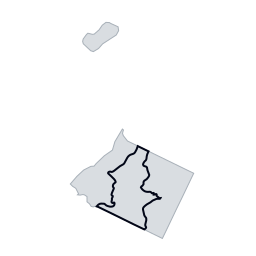 Centro Sur on a map of Equatorial Guinea (Robinson projection), rotated 26°
{"feature_id": "GNQ-1468", "entity_name": "Centro Sur", "entity_type": "Province", "adm_level": 1, "iso_a3": "GNQ", "parent_name": "Equatorial Guinea", "parent_adm1": "", "projection": "robinson", "projection_center": [10.435, 1.583], "detail": "fine", "context": "in_parent", "style": "outline", "palette": "ink", "viewbox_px": 256, "rotation_deg": 26, "n_neighbors": 0, "source": "natural_earth", "source_scale": "10m", "svg_char_len": 3104}
<svg xmlns="http://www.w3.org/2000/svg" viewBox="0 0 256 256"><g transform="rotate(26 128 128)"><path d="M206.9,139.9L207.0,154.2L207.1,166.3L207.1,179.5L207.2,193.1L207.3,204.7L207.3,212.2L196.1,212.2L181.2,212.1L166.4,212.0L151.5,212.0L144.0,212.0L135.8,211.9L133.2,212.3L131.3,214.2L129.2,214.6L126.6,213.0L123.5,212.3L122.7,210.6L121.2,207.6L118.1,207.2L116.6,207.6L114.4,209.3L111.9,210.2L112.4,208.8L107.5,205.1L103.9,204.7L100.7,203.6L103.3,193.8L106.6,185.2L111.5,178.7L114.2,177.2L115.0,173.9L118.9,163.3L123.7,154.7L122.2,146.0L123.4,131.4L124.8,131.8L125.0,133.2L125.4,135.2L127.2,137.0L133.2,139.9L151.1,139.9L161.7,139.9L177.5,139.9L194.2,139.9L206.9,139.9ZM65.2,41.4L66.5,41.6L74.7,41.4L76.9,44.6L76.7,49.5L68.3,63.5L66.7,69.4L63.4,74.5L60.6,74.9L50.9,71.9L49.3,70.1L48.7,67.7L49.7,62.1L50.4,60.4L55.0,59.4L56.5,58.4L59.0,52.4L59.8,46.9L61.9,42.7L65.2,41.4Z" fill="#d9dde1" stroke="#a8b0b8" stroke-width="1"/><path d="M144.7,140.0L156.7,140.0L156.8,143.1L157.2,145.1L158.1,147.7L158.2,148.6L158.1,149.4L157.6,150.6L157.4,151.5L157.3,153.0L157.4,153.7L157.6,154.3L158.4,155.0L159.0,155.1L161.3,154.8L162.3,155.1L162.6,155.5L164.0,157.4L167.6,160.8L167.9,161.8L167.8,163.2L167.5,164.7L167.2,165.8L165.8,168.2L165.6,169.1L165.7,169.9L166.3,171.1L166.6,171.8L166.3,173.5L165.6,174.8L165.7,175.8L167.5,176.8L169.2,177.3L170.7,177.5L172.2,177.3L173.7,176.8L175.5,175.8L176.2,175.6L176.7,175.6L177.6,176.0L178.2,176.1L178.7,175.8L179.1,175.3L179.5,175.2L180.2,176.7L180.7,176.5L181.3,175.6L181.7,175.4L182.1,175.2L182.5,175.0L182.9,175.2L183.0,175.5L183.1,176.1L183.3,176.3L184.1,176.6L186.9,177.2L187.2,177.1L187.4,177.0L187.9,176.7L187.9,177.1L187.6,177.7L187.0,178.0L185.1,178.9L184.5,179.4L182.0,182.4L181.6,183.2L180.8,184.9L178.5,188.3L177.5,190.3L176.8,192.2L176.7,192.9L176.8,193.7L177.2,194.7L180.8,199.2L181.4,199.7L183.7,200.9L184.3,201.7L184.9,203.0L185.8,207.1L186.3,208.1L186.7,208.5L187.2,208.7L187.5,209.1L187.9,209.5L187.9,210.2L187.8,210.7L187.1,212.0L174.6,212.1L158.2,212.0L157.0,212.0L141.8,212.0L135.9,212.0L134.3,212.2L134.6,210.8L135.1,209.6L135.5,209.1L135.8,208.7L136.0,208.4L137.3,207.6L138.6,207.0L138.9,206.9L139.6,206.6L140.1,206.5L140.6,206.6L141.7,206.9L142.4,207.1L143.2,207.1L144.2,207.0L146.3,206.6L147.1,206.2L148.0,205.7L148.7,205.1L149.2,204.3L149.4,203.5L149.3,202.7L149.1,202.0L148.8,201.4L148.3,201.1L148.0,201.2L147.7,201.5L147.3,202.0L146.8,202.2L146.3,202.1L145.7,201.8L145.4,201.3L145.1,199.8L144.9,199.3L144.6,198.8L144.4,198.3L144.4,197.5L144.4,196.8L144.3,196.2L144.0,195.8L143.4,195.8L142.9,195.6L142.4,195.2L142.1,193.9L142.0,193.0L141.8,188.9L141.6,188.2L140.5,187.6L140.0,187.1L139.6,186.1L139.5,185.3L139.6,184.5L140.2,183.1L140.6,182.3L140.5,182.1L140.4,181.7L139.4,180.8L137.8,180.0L134.3,178.8L130.4,177.6L130.0,177.4L129.8,177.0L129.8,176.4L130.1,175.8L130.6,175.3L131.5,174.9L132.5,174.7L133.3,174.1L134.3,172.5L137.6,165.7L139.6,162.8L140.1,161.6L140.4,154.9L140.6,153.7L140.9,152.8L141.5,151.6L142.0,150.9L144.1,148.8L144.5,148.2L144.8,147.5L145.0,146.4L145.1,143.4L144.7,140.0Z" fill="none" stroke="#020617" stroke-width="2"/></g></svg>